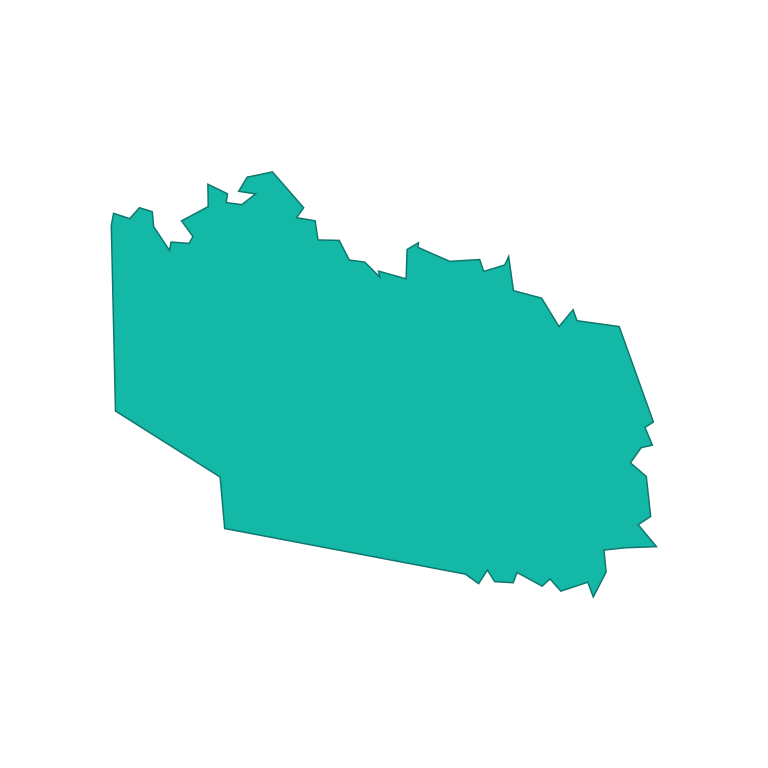 the district of Grayson, Kentucky, United States of America, rotated 14°
{"feature_id": "52423323B38332409828976", "entity_name": "Grayson", "entity_type": "district", "adm_level": 2, "iso_a3": "USA", "parent_name": "United States of America", "parent_adm1": "Kentucky", "projection": "mercator", "projection_center": [-86.327, 37.472], "detail": "fine", "context": "isolated", "style": "filled", "palette": "teal", "viewbox_px": 768, "rotation_deg": 14, "n_neighbors": 0, "source": "geoboundaries", "source_scale": "gbopen_adm2", "svg_char_len": 1019}
<svg xmlns="http://www.w3.org/2000/svg" viewBox="0 0 768 768"><g transform="rotate(14 384 384)"><path d="M557.4,545.6L558.8,534.7L586.4,541.9L592.2,533.0L605.7,542.2L629.7,527.0L638.6,540.0L645.0,512.7L637.6,491.9L657.6,484.6L687.7,475.9L664.6,459.0L674.8,448.0L660.9,410.3L642.2,400.9L648.9,383.6L659.2,378.4L647.7,363.0L654.6,355.7L598.3,271.4L555.9,275.9L549.5,266.2L539.9,286.0L516.2,262.6L487.0,262.1L474.1,230.1L472.4,239.3L453.5,250.6L446.7,240.1L418.1,249.1L383.8,243.2L383.3,238.6L373.9,247.8L380.0,276.6L351.4,275.8L354.1,281.3L335.8,270.4L320.3,272.1L305.8,255.5L285.1,260.2L277.7,242.3L258.9,243.8L263.4,232.4L224.5,205.2L201.2,216.4L196.4,232.2L213.4,230.6L202.6,244.4L187.0,246.1L186.1,237.3L164.8,232.8L170.5,254.4L148.1,274.7L163.0,287.2L160.8,294.7L143.0,297.8L143.7,306.4L122.4,287.0L117.5,272.9L104.1,272.1L97.2,285.1L80.3,283.8L81.1,296.3L130.0,475.2L247.5,513.9L264.4,562.8L508.9,548.8L524.1,554.8L529.3,539.5L539.2,549.0L557.4,545.6Z" fill="#14b8a6" stroke="#0f766e" stroke-width="1.5"/></g></svg>